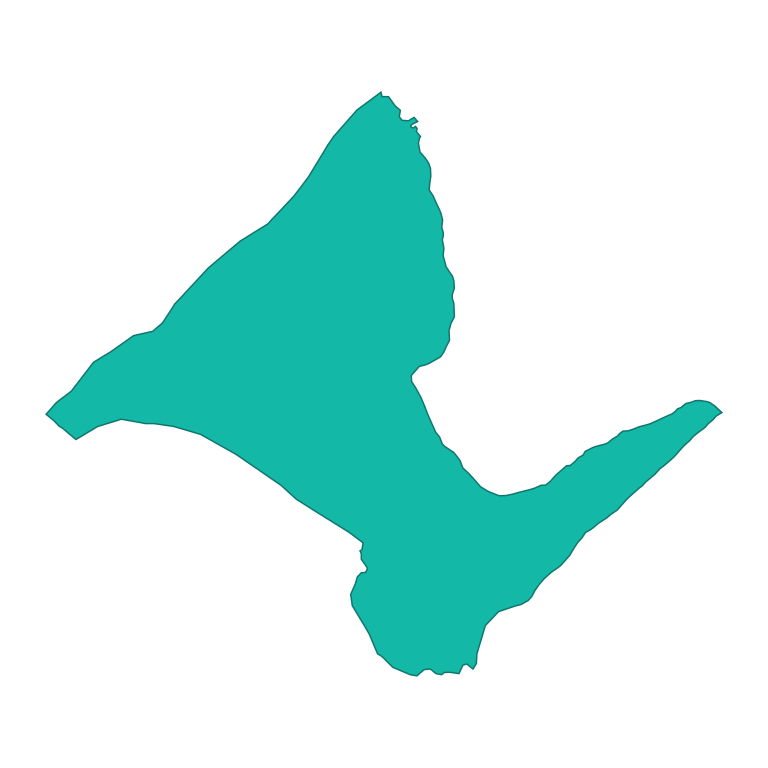 Donga, Taraba, Nigeria (Mercator projection)
{"feature_id": "59680162B72688070781247", "entity_name": "Donga", "entity_type": "district", "adm_level": 2, "iso_a3": "NGA", "parent_name": "Nigeria", "parent_adm1": "Taraba", "projection": "mercator", "projection_center": [10.325, 7.657], "detail": "fine", "context": "isolated", "style": "filled", "palette": "teal", "viewbox_px": 768, "rotation_deg": 0, "n_neighbors": 0, "source": "geoboundaries", "source_scale": "gbopen_adm2", "svg_char_len": 3832}
<svg xmlns="http://www.w3.org/2000/svg" viewBox="0 0 768 768"><path d="M721.9,412.6L714.8,406.0L709.8,402.5L706.2,401.5L700.1,400.5L695.3,400.7L691.7,402.1L685.7,403.6L681.1,407.5L677.5,408.9L675.2,411.5L671.7,414.1L668.2,415.5L662.3,418.2L656.3,421.0L650.4,423.7L645.7,425.1L639.7,426.6L632.6,429.4L627.8,430.9L623.0,431.1L619.5,433.7L617.2,436.3L612.5,439.0L607.8,442.9L604.3,444.3L598.3,445.8L593.5,447.2L585.3,451.3L583.0,455.1L578.3,457.8L574.9,461.6L570.2,465.5L566.6,465.7L556.2,474.8L552.7,478.6L550.5,481.2L545.8,485.1L541.0,485.3L535.1,488.0L530.3,489.5L518.4,492.5L513.6,493.9L510.5,494.6L506.4,495.5L499.2,495.8L488.1,491.4L484.4,489.1L480.6,486.8L475.5,480.9L469.1,473.8L462.8,467.9L460.1,460.7L457.5,457.1L453.6,452.3L444.9,446.6L442.4,444.2L439.6,437.0L435.7,432.2L433.0,426.2L430.3,420.1L427.6,414.1L424.9,406.8L420.8,397.2L415.5,387.5L411.6,381.6L411.3,375.4L415.9,370.3L419.3,366.4L425.3,364.9L428.9,363.5L431.0,362.3L440.6,356.8L444.0,351.8L446.2,346.7L449.5,340.4L449.2,334.3L449.0,330.6L451.1,323.1L454.4,316.8L454.0,306.9L453.8,303.3L452.3,298.4L452.2,294.7L454.3,288.4L453.9,281.1L452.5,276.2L449.9,272.6L446.0,266.6L444.5,260.5L443.1,255.7L443.9,248.3L442.3,239.7L443.3,236.0L443.2,232.3L441.7,227.4L442.6,220.0L441.1,213.9L439.7,210.2L435.7,201.8L433.0,195.7L429.1,189.8L429.9,182.3L430.8,176.1L430.5,168.7L429.0,163.9L427.1,160.8L425.1,157.9L420.0,152.0L418.4,143.4L419.4,138.4L420.5,136.6L416.4,131.6L417.1,128.5L415.5,126.4L413.1,128.1L410.7,126.6L411.4,124.7L417.6,121.5L414.1,117.4L408.4,120.8L402.0,120.3L399.3,116.8L400.3,110.3L395.2,105.9L388.5,96.7L382.0,96.6L381.0,92.2L360.5,107.4L357.0,110.0L354.8,112.5L350.8,117.0L344.4,124.3L339.4,129.9L337.2,132.5L333.7,136.4L329.2,143.1L327.8,145.0L323.8,151.7L320.1,157.8L316.4,163.9L310.3,173.9L308.4,177.1L306.6,179.4L300.9,187.0L297.2,191.8L294.1,195.8L288.2,202.2L284.0,206.6L280.5,210.4L272.2,219.1L267.7,224.0L253.8,232.6L251.4,234.1L239.9,241.3L208.4,267.9L199.0,278.0L194.3,283.1L189.6,288.1L184.9,293.2L181.8,296.6L174.9,303.8L171.1,309.8L163.5,321.4L162.7,322.7L154.0,330.2L152.8,331.3L148.3,332.3L143.5,333.4L137.1,334.8L133.5,335.7L110.4,352.0L104.7,355.4L93.5,362.3L89.9,367.0L86.2,371.8L82.5,376.6L79.4,380.7L74.6,386.9L71.4,391.1L58.3,401.1L56.4,402.6L46.1,414.3L53.7,420.5L59.3,426.3L62.8,428.4L68.9,433.6L75.9,439.5L86.5,433.2L97.8,426.4L106.7,423.7L111.4,422.3L118.4,420.1L121.3,419.2L127.5,420.3L135.4,421.7L140.4,422.6L145.6,423.6L154.2,423.6L158.3,424.2L159.7,424.4L165.8,425.3L173.5,426.4L189.2,431.0L200.6,434.4L209.7,439.5L217.3,443.8L227.3,449.4L236.3,454.5L248.6,463.0L258.7,469.9L260.8,471.4L269.2,477.2L279.3,484.1L281.3,485.5L288.5,492.1L296.3,499.2L315.5,511.4L346.5,530.7L349.1,532.3L363.1,542.9L362.0,549.7L360.0,550.9L361.3,553.6L361.3,559.3L365.3,564.9L367.5,568.3L365.8,572.3L361.3,572.8L357.4,576.8L355.2,584.2L350.7,594.4L352.3,605.7L365.3,627.2L366.9,630.0L369.2,634.0L373.7,644.7L375.9,649.8L377.6,653.8L382.1,656.6L392.8,667.3L410.2,674.7L416.9,675.8L424.2,669.6L430.4,669.0L436.0,673.6L441.6,674.7L444.4,672.4L450.2,672.3L459.0,673.6L462.9,665.1L466.8,664.0L473.0,669.0L473.4,668.3L474.3,666.9L476.4,663.4L476.9,653.8L478.9,647.1L482.3,635.9L484.1,629.6L485.4,625.5L498.6,611.6L504.5,609.6L514.5,606.2L521.3,604.4L528.3,600.4L531.8,596.5L535.1,590.2L539.6,583.9L544.2,578.7L551.2,572.3L557.0,568.3L560.5,565.7L565.1,560.6L569.7,555.4L574.2,547.8L577.5,542.8L582.1,537.6L585.5,532.5L590.2,529.9L593.7,527.3L598.4,523.3L606.6,518.0L611.2,514.1L617.1,510.2L621.7,505.0L627.4,498.6L633.2,493.4L634.3,492.4L639.0,488.3L642.5,485.6L645.9,481.8L650.6,477.9L655.2,474.0L659.8,468.8L663.3,466.2L668.0,462.3L673.8,457.1L676.1,454.6L679.5,450.7L684.1,445.6L689.9,440.4L693.3,436.5L698.0,432.6L701.5,430.0L705.0,427.4L708.4,423.5L713.1,419.6L716.5,415.8L721.9,412.6Z" fill="#14b8a6" stroke="#0f766e" stroke-width="1.5"/></svg>